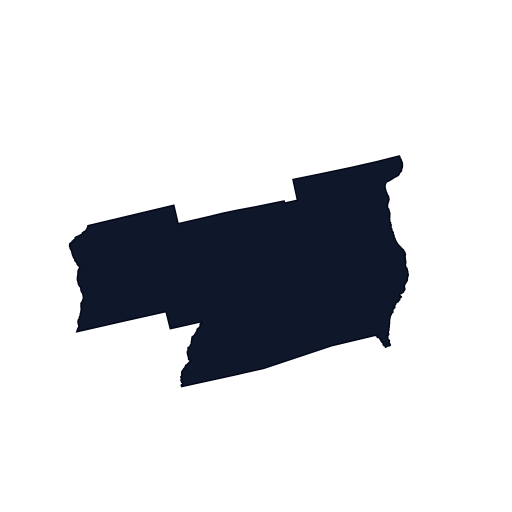 the district of Marcos Paz, Buenos Aires, Argentina, rotated 124°
{"feature_id": "61730980B37548441938699", "entity_name": "Marcos Paz", "entity_type": "district", "adm_level": 2, "iso_a3": "ARG", "parent_name": "Argentina", "parent_adm1": "Buenos Aires", "projection": "mercator", "projection_center": [-58.848, -34.821], "detail": "fine", "context": "isolated", "style": "filled", "palette": "ink", "viewbox_px": 512, "rotation_deg": 124, "n_neighbors": 0, "source": "geoboundaries", "source_scale": "gbopen_adm2", "svg_char_len": 6102}
<svg xmlns="http://www.w3.org/2000/svg" viewBox="0 0 512 512"><g transform="rotate(124 256 256)"><path d="M364.5,205.2L359.6,200.7L344.9,186.8L288.3,143.3L255.0,112.7L255.0,112.2L254.7,110.7L255.1,110.5L255.6,109.9L255.0,108.6L254.9,107.9L255.2,107.1L255.1,106.9L255.2,106.7L255.5,106.7L255.6,106.2L255.9,105.8L256.4,104.7L256.7,104.3L257.1,102.9L257.0,102.3L257.3,101.7L257.5,101.5L257.9,101.5L258.0,101.3L258.0,101.0L258.4,100.8L258.7,99.9L258.4,99.0L258.1,98.5L258.3,98.3L258.8,98.3L259.2,97.6L257.5,96.7L256.7,96.4L255.8,95.1L255.1,94.8L254.7,94.8L254.0,95.9L253.6,96.8L252.6,97.6L251.6,98.0L251.4,98.2L251.3,99.4L251.4,100.3L251.2,100.6L250.6,100.7L249.7,101.2L248.4,102.6L248.2,102.6L248.1,102.4L247.7,102.1L247.1,102.1L246.6,102.2L246.3,102.7L246.0,103.3L245.9,103.5L244.7,104.0L242.8,104.6L241.4,105.6L239.9,106.1L239.7,106.3L238.9,106.9L237.1,107.7L234.4,109.5L231.1,110.9L230.4,111.1L228.8,111.2L228.0,111.5L227.4,111.5L226.0,111.1L225.6,111.6L223.7,112.6L223.2,112.6L221.4,112.1L220.6,112.4L220.4,112.7L220.4,113.1L220.2,113.3L219.6,113.5L219.4,113.5L218.7,113.2L218.3,113.2L217.6,113.6L217.2,113.7L216.5,113.6L216.2,113.5L214.2,112.6L213.1,112.7L211.9,112.5L210.8,113.0L209.7,113.2L209.3,112.8L208.9,112.6L208.5,112.7L208.4,113.9L208.1,114.9L208.0,115.5L207.8,115.7L207.5,115.9L207.2,115.8L206.3,115.0L205.8,114.6L204.3,113.9L203.4,113.7L203.0,113.7L202.3,113.9L200.5,113.9L200.2,114.0L198.6,115.8L198.0,116.3L197.3,116.4L196.3,116.8L193.7,116.8L191.6,117.0L191.2,117.1L189.7,118.2L188.0,118.7L186.3,119.3L186.1,119.5L185.7,120.3L184.9,120.8L183.9,121.6L183.2,122.8L182.2,123.4L182.1,123.7L181.8,124.2L181.5,125.3L181.2,125.8L180.8,126.2L180.6,126.5L180.0,127.2L178.3,127.9L176.8,128.8L175.9,129.8L175.9,130.1L175.7,130.2L175.2,130.4L174.0,131.2L173.9,131.5L173.3,131.9L173.1,132.3L172.9,132.4L171.7,132.7L171.3,132.9L170.0,134.4L169.6,135.2L169.2,136.2L168.4,137.3L168.4,137.6L168.5,138.0L168.5,138.4L168.3,139.1L168.3,139.8L167.8,140.9L167.5,142.9L167.3,143.5L167.1,144.6L165.9,147.4L165.0,149.0L164.8,149.5L164.0,150.3L163.3,151.8L163.1,152.2L162.3,152.6L161.8,153.1L161.6,153.4L161.1,154.6L159.7,155.4L159.3,156.8L159.0,157.3L158.4,158.1L157.8,158.4L157.5,158.8L157.4,159.3L157.2,159.7L156.3,160.5L155.7,160.8L155.3,160.9L154.6,161.4L154.0,162.7L153.1,163.1L153.1,163.5L152.6,164.4L151.8,164.9L150.9,165.8L149.5,166.7L149.1,166.8L148.5,167.3L147.7,167.7L147.4,168.0L146.0,168.7L145.7,169.2L144.9,169.9L144.6,170.5L143.9,171.2L143.2,171.9L142.5,173.4L142.4,173.9L141.9,174.5L140.5,175.2L139.5,175.9L138.5,176.2L136.9,176.6L134.7,177.4L134.3,177.7L133.6,178.5L132.9,179.1L132.5,179.6L132.2,180.2L131.5,181.9L131.1,182.3L130.7,182.6L130.2,183.7L129.7,184.4L128.8,185.3L128.3,186.0L126.0,188.2L124.7,188.7L122.3,189.3L121.8,189.2L121.2,189.0L120.1,188.3L118.3,187.2L117.6,187.1L116.6,186.5L116.0,186.4L115.7,186.1L113.6,185.3L112.8,184.9L112.4,184.5L111.7,184.2L111.4,183.9L110.3,183.8L109.9,183.2L108.1,183.1L107.7,183.4L107.2,183.5L105.6,183.2L104.3,183.0L102.9,183.6L102.4,184.0L102.1,184.1L101.1,184.1L100.5,184.3L99.7,185.0L99.1,185.1L98.8,185.3L98.6,185.5L98.4,185.8L97.2,186.6L96.8,187.0L95.8,188.6L95.1,189.4L94.9,189.9L94.6,190.3L94.6,190.8L94.4,191.3L93.8,191.7L93.4,192.1L93.0,193.2L110.0,208.4L129.1,226.3L153.3,249.8L171.9,268.1L186.6,252.8L196.1,261.8L194.7,263.5L215.4,283.8L229.4,298.0L239.7,308.0L249.1,316.5L272.8,338.6L259.9,352.5L324.9,412.3L325.5,412.0L326.2,411.4L327.1,411.6L327.7,411.5L329.4,411.0L330.0,411.5L331.2,411.5L331.6,411.6L331.9,412.1L332.9,412.4L333.4,412.7L333.8,412.8L334.2,412.7L334.6,412.5L335.0,412.5L336.2,412.9L336.9,413.5L338.2,413.8L338.6,414.0L338.7,414.4L339.6,415.0L340.6,415.5L341.6,416.1L341.9,416.2L342.2,416.1L342.6,415.5L342.9,415.4L343.8,415.6L344.6,416.1L345.9,416.2L346.3,416.5L347.3,416.5L349.0,416.8L349.7,417.2L350.1,417.2L351.5,416.4L351.7,416.2L352.0,416.1L352.3,415.9L352.7,415.1L353.6,414.3L353.9,413.8L354.6,412.1L355.8,410.7L356.2,410.5L356.4,410.2L356.6,409.8L357.1,409.4L357.9,408.3L358.5,407.4L359.2,406.6L359.4,406.2L359.7,405.0L360.0,404.6L360.2,404.4L360.4,404.1L361.0,403.6L361.3,403.0L361.4,402.6L361.6,401.2L362.1,400.4L362.9,399.4L363.4,397.6L363.5,396.3L363.7,395.8L367.4,395.3L368.4,394.9L369.0,394.6L369.9,393.8L373.7,392.0L375.3,391.0L376.6,389.7L377.2,388.8L377.8,388.3L378.4,387.7L379.1,386.7L379.4,385.9L379.8,385.3L379.7,384.8L380.1,383.9L380.8,383.1L381.3,382.6L381.9,382.3L382.5,381.5L383.0,381.1L383.7,379.5L383.9,378.9L384.2,378.4L385.1,377.6L386.2,376.4L387.4,375.6L388.9,375.0L391.8,374.5L392.8,374.7L393.5,374.4L394.2,373.8L396.6,372.2L397.6,371.2L398.6,370.7L399.1,370.6L400.4,369.8L401.4,369.4L402.2,369.4L402.7,368.8L403.5,368.5L405.1,368.3L407.0,367.5L408.1,367.6L408.8,367.4L410.1,366.8L411.8,365.2L413.2,363.4L414.3,363.3L415.4,363.1L416.3,363.0L419.0,362.2L383.7,329.1L352.4,299.5L364.2,286.4L341.3,264.8L341.4,264.6L341.8,263.9L342.1,263.5L342.5,263.5L342.7,263.8L343.2,264.2L343.8,264.1L344.1,264.0L344.7,263.4L345.2,263.2L346.1,263.0L347.1,263.0L347.6,263.1L348.2,263.5L348.7,263.7L349.3,263.8L350.3,263.6L350.8,263.2L351.5,263.0L352.0,263.0L353.0,263.0L353.9,262.9L355.1,262.9L356.1,262.7L357.3,263.1L358.2,263.5L358.9,263.7L359.3,263.5L361.0,262.6L362.8,261.8L364.0,261.2L364.7,260.6L365.5,260.4L366.4,260.6L367.4,260.3L368.1,260.2L368.5,260.3L370.2,261.1L370.8,260.5L372.0,259.7L372.4,259.5L373.1,259.5L373.7,259.4L374.6,258.9L374.9,258.6L375.1,258.2L375.3,257.9L375.9,257.6L376.6,256.7L377.8,255.3L379.4,254.0L379.4,253.6L379.3,252.9L379.5,252.0L379.6,251.8L379.8,251.7L380.7,251.7L381.7,252.0L382.5,252.0L383.3,252.3L384.2,252.3L384.8,252.5L385.6,253.1L385.8,253.1L386.1,253.1L386.9,252.8L387.5,252.8L388.5,252.5L389.0,252.6L389.9,252.9L391.0,252.7L391.6,252.8L392.2,252.6L393.2,252.9L393.5,252.7L393.8,252.5L395.0,251.9L395.8,251.2L396.4,250.7L397.5,250.6L398.0,250.8L398.4,250.6L398.6,250.3L398.5,249.9L399.9,249.0L400.7,248.9L401.0,248.7L401.3,248.0L401.5,247.7L402.0,247.4L402.2,247.1L402.3,246.8L402.2,246.5L402.1,246.3L402.4,245.6L402.6,245.4L403.1,245.2L404.1,245.5L404.3,245.7L405.0,245.7L405.8,244.6L364.5,205.2Z" fill="#0f172a" stroke="#020617" stroke-width="1.5"/></g></svg>